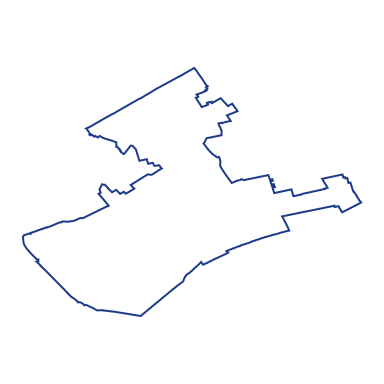 outline of Midden-Delfland, Zuid-Holland, Netherlands
{"feature_id": "6326949B8148918487264", "entity_name": "Midden-Delfland", "entity_type": "district", "adm_level": 2, "iso_a3": "NLD", "parent_name": "Netherlands", "parent_adm1": "Zuid-Holland", "projection": "equal_earth", "projection_center": [4.318, 51.971], "detail": "fine", "context": "isolated", "style": "outline", "palette": "blue", "viewbox_px": 384, "rotation_deg": 0, "n_neighbors": 0, "source": "geoboundaries", "source_scale": "gbopen_adm2", "svg_char_len": 5851}
<svg xmlns="http://www.w3.org/2000/svg" viewBox="0 0 384 384"><path d="M207.2,85.9L206.8,85.9L206.4,85.4L204.2,82.0L201.3,77.6L197.8,72.8L196.9,71.2L194.5,68.3L194.2,68.0L193.5,68.3L192.8,68.8L192.2,69.2L183.6,74.0L182.9,74.6L181.8,75.0L180.7,75.8L177.6,77.3L175.1,78.7L172.7,80.0L166.8,83.2L162.7,85.4L160.2,86.8L156.7,88.6L153.4,90.6L150.0,92.8L146.7,94.7L144.8,95.7L143.3,96.8L141.0,98.1L140.2,98.5L138.6,99.1L138.3,99.2L137.1,100.1L131.5,103.2L126.3,106.2L125.0,107.0L123.1,107.9L119.4,110.2L116.6,111.7L115.3,112.6L113.2,113.7L110.7,114.9L109.5,115.7L105.5,117.8L90.9,126.3L89.0,127.3L88.4,127.6L87.3,127.9L86.2,128.5L86.6,128.7L90.2,134.1L89.4,134.7L89.5,134.8L90.8,135.4L91.8,134.6L94.3,136.7L95.1,135.9L97.9,137.5L99.5,135.9L102.9,137.8L103.5,138.1L105.6,138.8L109.8,140.0L116.3,142.3L116.3,146.8L117.4,146.8L118.3,148.3L118.7,148.3L119.3,149.1L119.5,149.1L120.2,149.8L119.8,150.4L120.8,151.3L120.6,151.6L120.7,151.8L121.1,152.1L121.3,152.1L122.3,153.0L123.8,154.1L124.3,153.8L125.4,152.4L130.7,145.6L131.8,145.7L132.9,146.1L133.3,146.5L133.8,147.4L134.6,147.9L135.0,148.4L135.7,149.2L136.0,149.7L139.4,160.8L146.8,159.2L147.6,162.3L147.8,162.4L148.2,163.8L148.7,163.6L152.8,162.9L153.0,163.0L153.9,165.3L154.0,165.5L155.2,165.9L155.6,165.9L158.9,165.2L159.1,165.3L159.5,165.5L160.3,167.0L161.8,168.5L158.4,170.4L157.2,171.4L152.0,174.6L151.4,174.8L147.9,174.4L147.5,174.5L130.7,185.0L134.3,188.7L125.8,193.7L123.8,191.8L120.2,193.9L116.2,189.8L112.0,192.3L107.9,188.2L108.1,188.1L106.8,186.7L105.0,184.9L104.9,185.0L102.1,184.3L99.6,189.3L99.6,189.7L100.6,192.8L98.6,193.8L101.4,197.2L101.9,197.5L108.7,205.8L108.1,206.2L106.3,206.7L82.6,218.3L80.8,218.0L80.3,218.0L74.6,220.6L73.6,220.9L72.3,221.1L68.0,221.7L66.6,221.7L65.0,221.6L63.0,221.4L61.1,222.3L61.0,222.1L58.7,222.8L50.7,226.2L46.7,227.6L46.5,227.3L42.4,229.0L42.3,228.8L36.3,231.0L35.1,231.5L30.4,233.0L30.2,233.1L30.2,233.3L30.5,233.8L30.0,233.9L28.9,233.6L23.8,235.3L23.6,235.7L23.6,235.8L23.0,236.9L23.4,241.7L23.8,243.6L24.1,244.3L24.9,245.9L26.5,248.4L27.7,249.8L29.2,251.4L29.5,252.0L36.6,259.2L38.4,259.5L37.9,261.1L38.0,261.2L36.5,261.6L38.2,263.3L38.4,263.3L40.8,265.7L40.6,265.8L42.8,268.0L42.9,267.9L59.2,284.4L68.8,294.2L68.6,294.2L71.4,297.0L71.5,296.9L72.6,297.7L74.0,298.6L76.7,300.7L76.8,300.7L77.8,302.3L78.5,302.1L80.6,302.5L83.1,303.8L84.2,305.4L85.9,304.8L89.9,306.7L91.8,307.5L92.8,307.9L94.3,308.8L95.3,309.5L96.6,310.1L97.6,310.4L98.6,310.4L100.4,310.2L101.2,310.2L102.3,310.4L102.5,310.2L102.8,310.2L102.9,310.4L103.3,310.5L107.1,310.8L112.5,311.6L112.8,311.6L113.1,311.5L116.6,312.1L122.3,313.0L140.7,316.0L150.8,307.6L170.7,291.1L172.4,289.7L174.6,288.0L175.9,286.9L177.8,285.4L182.8,281.7L183.0,281.4L183.4,280.6L183.7,279.9L183.7,279.6L184.4,278.0L185.1,276.8L186.5,274.8L187.6,274.0L188.7,273.4L190.0,272.5L190.4,271.8L191.2,271.4L192.0,270.7L193.1,269.5L195.2,267.5L195.6,267.3L196.5,266.5L196.6,266.4L198.8,264.4L201.1,262.0L203.1,264.7L204.2,264.2L204.9,263.7L205.4,263.7L206.3,263.3L206.8,263.2L207.4,262.6L208.0,262.5L209.8,261.4L211.0,261.1L211.6,260.6L212.2,260.4L212.6,260.1L213.3,259.7L214.4,259.2L215.6,258.6L215.9,258.4L217.4,258.0L218.1,257.5L220.2,256.5L221.1,256.2L221.9,255.7L222.6,255.5L222.9,255.4L223.4,255.0L224.6,254.5L226.1,253.8L228.2,252.6L226.4,251.2L228.4,250.2L229.5,249.8L230.1,249.6L231.2,249.3L232.5,248.5L233.0,248.5L235.9,247.4L237.9,246.6L238.3,246.3L238.6,246.2L238.9,246.2L239.4,246.3L239.7,246.2L240.1,246.1L240.6,245.5L241.3,245.2L242.0,245.0L242.7,244.7L243.6,244.6L244.3,244.2L245.2,244.2L245.8,243.8L246.2,243.6L246.5,243.6L247.5,243.2L249.5,242.6L250.2,242.3L251.3,241.7L253.5,241.0L253.8,240.8L254.7,240.7L255.5,240.2L256.2,240.0L257.5,239.6L258.3,239.6L258.7,239.2L260.3,238.8L260.3,238.7L261.1,238.3L262.2,238.0L263.0,237.8L264.0,237.6L264.8,237.1L265.4,236.9L266.2,236.9L267.6,236.4L270.3,235.8L270.6,235.6L272.4,235.0L273.5,234.8L274.7,234.4L275.3,234.4L275.7,234.2L276.1,234.1L278.1,233.6L278.9,233.4L280.3,232.8L281.4,232.5L282.6,232.3L286.6,231.1L287.9,230.9L289.2,230.6L288.1,227.9L287.1,226.0L285.7,223.0L282.1,216.4L285.0,215.8L302.1,212.3L303.8,211.9L304.2,211.8L304.8,211.8L334.5,205.7L334.8,206.8L334.8,207.0L338.5,206.2L339.6,208.2L342.1,212.3L344.4,211.2L356.4,205.0L360.8,202.7L360.7,202.6L361.0,202.3L360.6,201.8L359.8,200.8L359.6,200.8L356.5,195.5L356.4,195.6L354.2,192.0L353.8,192.2L353.1,191.0L350.4,182.5L348.4,182.9L347.3,178.1L345.4,178.4L345.1,177.2L343.3,177.5L342.5,174.5L322.2,178.8L324.4,182.6L326.7,186.2L327.6,187.8L326.1,188.2L325.1,188.4L324.5,188.6L324.7,189.0L301.4,194.1L301.2,194.3L301.2,194.6L298.5,195.1L293.4,196.2L291.4,189.4L274.2,193.1L273.5,190.7L272.8,188.7L272.6,187.7L274.9,187.2L274.5,186.2L272.3,186.7L271.9,185.6L274.1,185.2L273.9,184.5L273.8,184.1L271.5,184.6L270.4,181.3L272.8,180.8L272.3,179.2L269.9,179.7L268.4,175.1L245.4,179.8L245.2,179.9L243.7,180.1L241.5,179.1L240.3,180.0L237.9,180.5L236.4,180.9L234.1,182.1L231.7,182.9L225.4,174.3L221.8,168.8L220.7,167.1L220.3,165.9L220.1,164.7L220.1,164.2L220.4,161.9L220.4,161.3L220.2,160.7L219.8,159.1L219.0,157.0L217.5,157.3L217.1,157.3L212.3,153.9L208.4,149.8L203.6,143.5L204.1,142.8L205.2,141.1L205.4,140.3L206.2,138.9L206.8,138.2L221.5,135.2L221.4,134.1L221.6,132.2L221.6,131.2L221.4,130.4L221.2,129.7L220.8,129.0L220.3,127.6L219.0,125.3L218.6,124.2L218.4,123.4L221.8,122.8L222.0,123.2L224.7,122.2L230.7,121.0L226.9,115.4L237.5,111.2L236.6,109.8L235.1,107.8L232.2,103.7L228.0,106.1L220.6,98.2L211.9,103.2L210.7,102.0L210.8,101.9L210.7,101.9L210.2,102.2L209.8,102.2L208.4,102.6L208.3,102.3L206.9,102.9L208.0,104.7L201.8,107.1L195.8,97.8L198.3,96.8L197.9,96.0L196.6,94.6L204.1,91.8L204.1,91.4L204.6,91.1L204.9,91.1L205.0,91.2L205.9,91.0L206.3,90.7L206.1,90.5L206.3,90.4L206.0,90.0L206.3,89.9L206.0,89.6L207.3,88.8L206.0,87.4L207.5,86.6L207.1,86.3L207.2,85.9Z" fill="none" stroke="#1e3a8a" stroke-width="2"/></svg>